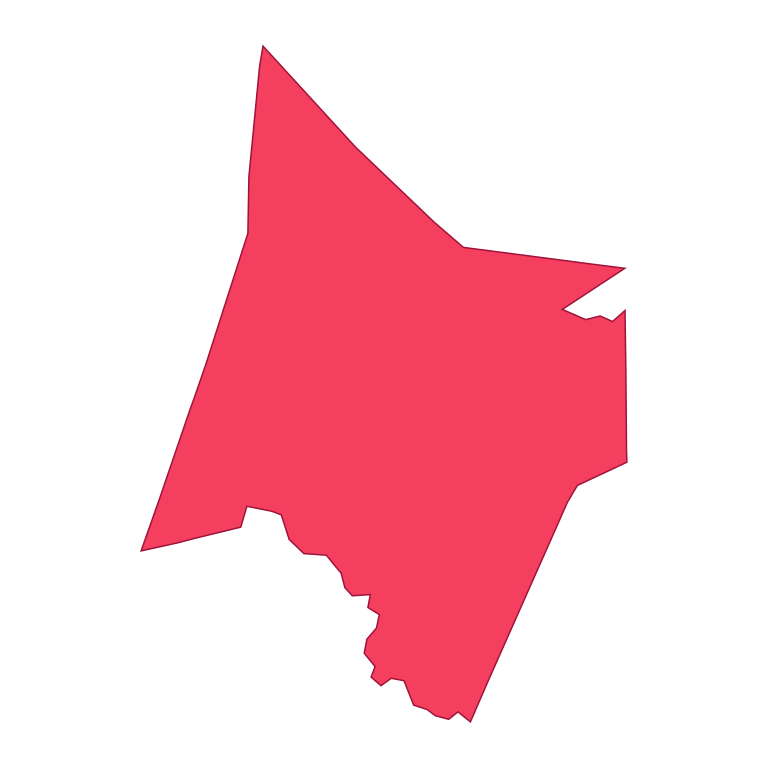 the district of Jurema, Pernambuco, Brazil
{"feature_id": "56859067B8163642250611", "entity_name": "Jurema", "entity_type": "district", "adm_level": 2, "iso_a3": "BRA", "parent_name": "Brazil", "parent_adm1": "Pernambuco", "projection": "robinson", "projection_center": [-36.144, -8.75], "detail": "fine", "context": "isolated", "style": "filled", "palette": "rose", "viewbox_px": 768, "rotation_deg": 0, "n_neighbors": 0, "source": "geoboundaries", "source_scale": "gbopen_adm2", "svg_char_len": 826}
<svg xmlns="http://www.w3.org/2000/svg" viewBox="0 0 768 768"><path d="M470.4,721.9L488.2,680.9L555.3,529.7L567.3,502.5L577.4,485.4L626.9,462.2L626.5,450.5L625.9,373.0L625.0,310.5L612.6,321.5L600.1,316.0L585.6,319.6L562.3,309.4L624.8,268.3L585.6,263.3L463.4,247.4L434.3,222.3L355.6,147.2L263.0,46.1L259.6,66.1L252.3,141.7L248.9,176.5L247.9,233.3L205.9,364.2L194.6,396.9L190.2,409.0L159.6,498.5L141.1,550.9L179.9,542.3L192.9,538.8L240.8,527.1L246.9,506.3L272.0,511.3L281.3,514.9L289.2,539.5L303.9,553.6L326.4,555.2L333.9,564.5L341.1,573.1L344.9,587.7L352.4,595.8L370.3,594.6L367.9,607.5L379.3,614.6L376.5,628.0L366.9,639.2L364.2,653.2L375.1,666.6L371.1,677.1L381.0,685.7L391.2,678.3L404.0,680.7L413.7,705.2L427.1,709.5L435.3,715.7L448.7,719.3L458.0,711.9L470.4,721.9Z" fill="#f43f5e" stroke="#9f1239" stroke-width="1.5"/></svg>